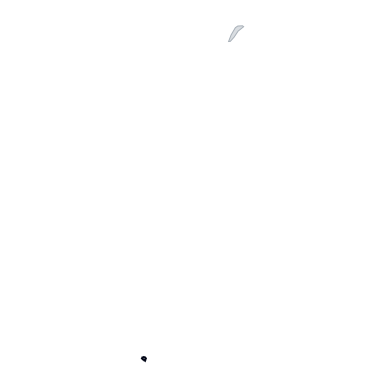 location of Saniuta, Tuvalu, rotated 220°
{"feature_id": "33948139B55314492398689", "entity_name": "Saniuta", "entity_type": "district", "adm_level": 2, "iso_a3": "TUV", "parent_name": "Tuvalu", "parent_adm1": "", "projection": "robinson", "projection_center": [178.686, -7.494], "detail": "fine", "context": "in_parent", "style": "outline", "palette": "ink", "viewbox_px": 384, "rotation_deg": 220, "n_neighbors": 0, "source": "geoboundaries", "source_scale": "gbopen_adm2", "svg_char_len": 920}
<svg xmlns="http://www.w3.org/2000/svg" viewBox="0 0 384 384"><g transform="rotate(220 192 192)"><path d="M263.6,348.6L260.1,351.8L258.7,351.8L260.1,344.9L259.3,337.7L259.5,332.0L260.7,330.8L263.0,337.5L264.4,345.7L263.6,348.6Z" fill="#d9dde1" stroke="#a8b0b8" stroke-width="1"/><path d="M119.6,32.6L119.7,32.8L119.7,33.2L119.8,33.3L119.9,33.6L120.0,33.8L120.2,34.0L120.3,34.2L120.3,34.3L120.3,34.5L120.3,34.8L120.5,34.9L120.8,34.9L121.0,35.0L121.3,35.0L121.5,35.0L121.8,35.1L122.0,35.0L122.2,34.9L122.3,34.8L122.5,34.6L122.8,34.5L122.8,34.4L123.0,34.2L123.2,33.9L123.3,33.8L123.3,33.7L123.6,33.3L123.5,33.2L123.4,33.2L123.2,33.1L123.2,32.9L123.3,32.6L123.3,32.4L123.1,32.4L122.9,32.4L122.7,32.3L122.5,32.2L122.3,32.2L122.1,32.2L121.9,32.2L121.7,32.3L121.4,32.4L121.2,32.5L120.9,32.5L120.7,32.5L120.6,32.4L120.4,32.3L120.2,32.4L120.0,32.5L119.8,32.6L119.6,32.6Z" fill="none" stroke="#020617" stroke-width="2"/></g></svg>